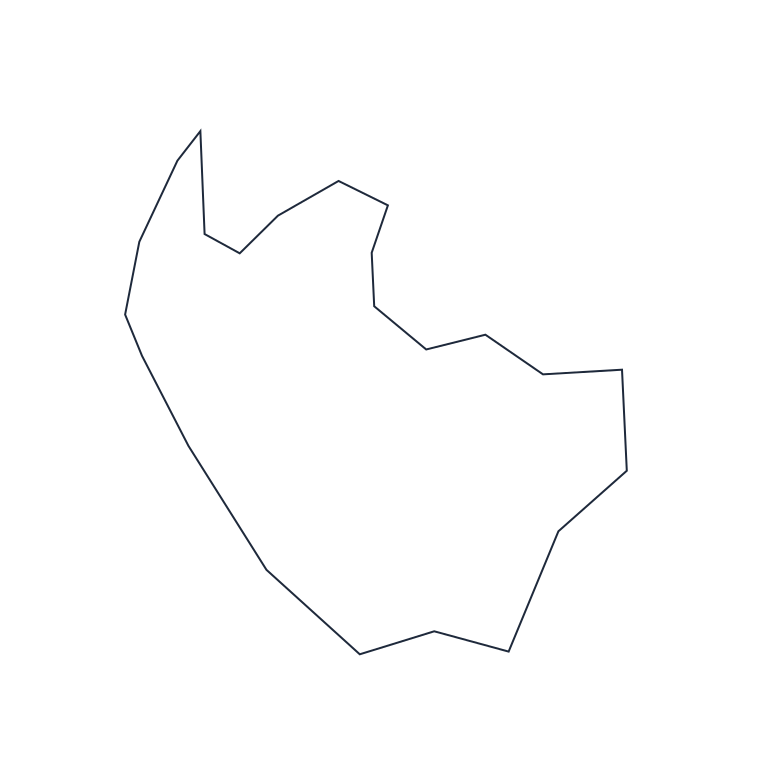 an SVG outline of Lemland, rotated 166°
{"feature_id": "ALD-4818", "entity_name": "Lemland", "entity_type": "state/province", "adm_level": 1, "iso_a3": "ALA", "parent_name": "Aland", "parent_adm1": "", "projection": "orthographic", "projection_center": [20.133, 60.033], "detail": "fine", "context": "isolated", "style": "outline", "palette": "slate", "viewbox_px": 768, "rotation_deg": 166, "n_neighbors": 0, "source": "natural_earth", "source_scale": "10m", "svg_char_len": 453}
<svg xmlns="http://www.w3.org/2000/svg" viewBox="0 0 768 768"><g transform="rotate(166 384 384)"><path d="M169.4,241.1L250.4,198.9L327.8,94.2L395.1,131.9L472.9,127.6L543.0,232.1L588.7,371.2L612.0,469.9L618.4,514.0L587.0,581.2L530.4,650.7L501.0,673.8L521.8,572.9L492.4,545.7L446.2,573.0L379.0,592.0L337.0,556.4L364.2,514.3L374.7,461.8L334.7,407.3L273.7,407.3L227.4,354.9L149.6,340.3L169.4,241.1Z" fill="none" stroke="#1e293b" stroke-width="2"/></g></svg>